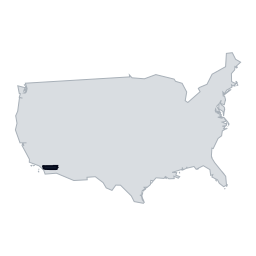 location of Riverside, California, United States of America
{"feature_id": "52423323B62695195222235", "entity_name": "Riverside", "entity_type": "district", "adm_level": 2, "iso_a3": "USA", "parent_name": "United States of America", "parent_adm1": "California", "projection": "albers", "projection_center": [-115.203, 33.753], "detail": "fine", "context": "in_parent", "style": "filled", "palette": "ink", "viewbox_px": 256, "rotation_deg": 0, "n_neighbors": 0, "source": "geoboundaries", "source_scale": "gbopen_adm2", "svg_char_len": 4449}
<svg xmlns="http://www.w3.org/2000/svg" viewBox="0 0 256 256"><path d="M212.1,74.2L225.6,66.7L226.4,53.4L232.3,52.7L235.6,59.3L240.6,62.2L236.1,66.3L236.4,67.7L234.9,66.6L234.7,69.8L231.4,73.6L231.6,81.6L235.3,83.4L236.7,82.3L235.7,81.2L236.5,81.6L237.3,82.9L233.0,86.0L231.5,84.8L231.9,87.2L226.8,90.0L223.8,94.5L223.6,92.7L222.8,91.9L223.2,96.0L224.6,96.2L225.5,99.5L224.3,104.7L220.4,103.4L221.2,100.1L219.8,102.7L221.8,105.2L223.6,106.3L224.6,108.0L223.6,116.0L223.0,111.5L218.7,108.7L219.0,103.8L216.7,106.2L220.0,111.9L216.6,111.1L215.7,111.6L215.9,109.4L215.6,108.8L215.2,110.7L215.7,112.0L220.7,112.7L220.2,114.2L217.5,112.8L216.7,112.7L220.0,114.4L221.2,114.5L221.2,116.2L219.5,115.5L222.3,117.1L222.0,117.6L220.6,116.8L217.8,117.2L221.8,118.2L223.8,117.3L228.0,122.2L224.5,118.6L226.2,121.2L222.1,122.1L225.9,123.8L227.0,122.4L226.3,125.6L222.3,126.2L225.0,126.6L223.6,128.7L226.2,128.7L222.3,130.9L221.6,135.8L218.1,138.4L213.2,148.6L211.9,148.1L211.4,156.1L211.7,157.8L214.7,162.7L225.7,176.3L226.5,185.2L223.7,186.7L219.3,183.3L217.5,179.8L211.9,177.0L212.8,174.6L210.7,175.4L209.9,169.6L203.3,165.7L196.2,169.3L194.0,166.5L186.5,168.3L187.1,166.8L186.1,168.4L183.0,169.9L182.3,167.4L182.2,169.3L172.1,172.4L176.7,172.6L175.8,175.2L179.7,176.6L178.3,178.2L173.9,176.2L174.2,178.6L168.9,178.8L165.4,176.5L164.0,178.4L156.1,177.8L152.4,181.9L153.3,180.8L150.8,180.4L150.4,184.6L146.3,188.1L147.2,187.1L144.1,187.3L145.4,188.4L142.2,190.8L141.6,195.4L139.9,195.0L141.4,196.0L142.4,200.0L144.3,202.2L143.4,203.3L134.2,201.6L131.3,195.9L120.5,185.2L115.8,185.1L112.0,190.4L106.2,187.9L103.1,182.6L95.3,176.7L87.0,177.3L87.2,179.8L73.8,180.5L56.4,173.2L45.1,174.1L43.6,169.9L39.0,165.8L29.3,162.2L29.4,159.2L22.0,145.4L22.4,144.0L23.9,145.9L23.0,142.9L26.5,142.8L20.0,142.8L15.4,129.9L17.0,123.3L15.7,115.8L17.7,111.2L19.5,97.6L22.5,98.2L19.2,97.2L20.5,93.7L19.3,93.6L17.8,85.8L25.1,87.7L23.4,91.6L25.9,89.0L25.5,92.3L23.7,93.0L25.0,93.2L26.4,91.9L27.1,88.5L25.4,83.2L129.7,76.9L129.4,74.9L132.0,77.8L144.4,78.8L155.8,74.6L174.1,79.1L175.5,81.3L182.1,83.3L186.7,92.0L185.2,100.7L187.8,102.5L200.1,91.7L198.3,88.5L199.4,87.5L207.0,84.3L212.1,74.2ZM229.0,90.8L231.2,89.4L223.9,95.1L229.6,89.6L229.0,90.8ZM25.7,86.5L26.6,88.6L26.5,89.0L25.2,87.3L25.7,86.5ZM144.0,201.5L142.2,198.2L142.0,196.1L142.5,198.2L144.0,201.5ZM236.8,66.3L237.2,67.4L236.8,67.3L236.8,66.3ZM165.7,177.6L166.1,178.3L165.1,177.9L165.7,177.6ZM33.0,165.8L34.1,165.4L34.2,165.5L33.0,165.8ZM31.8,165.4L31.3,166.0L31.0,165.5L31.8,165.4ZM235.2,85.2L234.9,86.1L234.6,86.0L235.2,85.2ZM142.3,194.1L141.9,195.8L142.9,192.4L142.3,194.1ZM222.2,171.8L224.4,174.5L221.9,171.5L222.2,171.8ZM38.6,168.8L39.1,169.7L38.6,168.8L38.6,168.8ZM227.1,185.5L226.5,186.8L227.4,184.2L227.1,185.5ZM229.0,124.0L228.6,125.5L228.2,122.4L229.0,124.0ZM24.8,84.7L24.8,85.3L24.4,84.9L24.8,84.7ZM145.6,189.1L144.1,190.1L145.6,188.8L145.6,189.1ZM237.6,84.5L237.8,85.2L237.1,85.4L237.6,84.5ZM38.6,171.2L38.9,172.3L38.4,171.3L38.6,171.2ZM143.8,190.8L143.2,191.3L143.6,190.6L143.8,190.8ZM224.7,109.4L224.3,111.4L224.6,108.8L224.7,109.4ZM152.0,182.7L151.1,183.5L152.4,182.1L152.0,182.7ZM211.8,156.8L212.1,158.2L211.7,157.3L211.8,156.8ZM226.6,128.8L226.4,129.2L227.0,127.8L226.6,128.8ZM198.8,168.2L197.8,169.2L197.2,169.2L198.8,168.2ZM182.4,169.8L182.2,170.1L181.5,170.2L182.4,169.8ZM216.2,180.4L216.6,181.3L215.9,180.3L216.2,180.4ZM179.6,172.5L179.7,173.4L179.2,171.9L179.6,172.5ZM225.0,188.7L224.3,189.0L225.2,188.4L225.0,188.7ZM225.5,100.1L225.4,101.1L225.5,99.8L225.5,100.1ZM227.9,126.1L227.6,126.5L227.9,126.1Z" fill="#d9dde1" stroke="#a8b0b8" stroke-width="1"/><path d="M57.6,165.7L54.0,165.7L53.6,165.7L53.6,165.9L51.9,165.9L50.5,165.9L49.1,165.9L48.1,165.9L47.2,165.9L46.2,165.9L46.2,166.0L45.4,166.0L44.9,166.0L44.8,165.9L44.6,165.9L44.2,165.9L43.5,165.8L43.3,165.8L43.3,166.1L43.1,166.1L43.1,166.4L42.9,166.4L42.9,166.6L42.8,166.8L43.2,167.3L43.4,167.3L43.4,167.6L43.7,167.6L43.9,167.9L43.7,168.2L43.5,168.6L44.1,168.7L44.1,168.8L44.3,168.9L44.6,169.0L45.2,169.2L45.4,169.2L45.7,169.2L46.5,169.2L49.9,169.3L50.0,169.3L52.9,169.3L55.8,169.3L56.8,169.2L56.9,168.9L57.0,168.9L57.1,168.7L57.3,168.6L57.2,168.6L57.2,168.4L57.3,168.2L57.2,168.2L57.2,167.9L57.3,167.8L57.4,167.7L57.3,167.4L57.3,167.2L57.2,167.1L57.3,167.1L57.2,167.0L57.2,166.9L57.3,166.9L57.3,166.7L57.2,166.5L57.2,166.4L57.3,166.3L57.4,166.2L57.5,166.2L57.6,165.9L57.6,165.7L57.6,165.7Z" fill="#0f172a" stroke="#020617" stroke-width="1.5"/></svg>